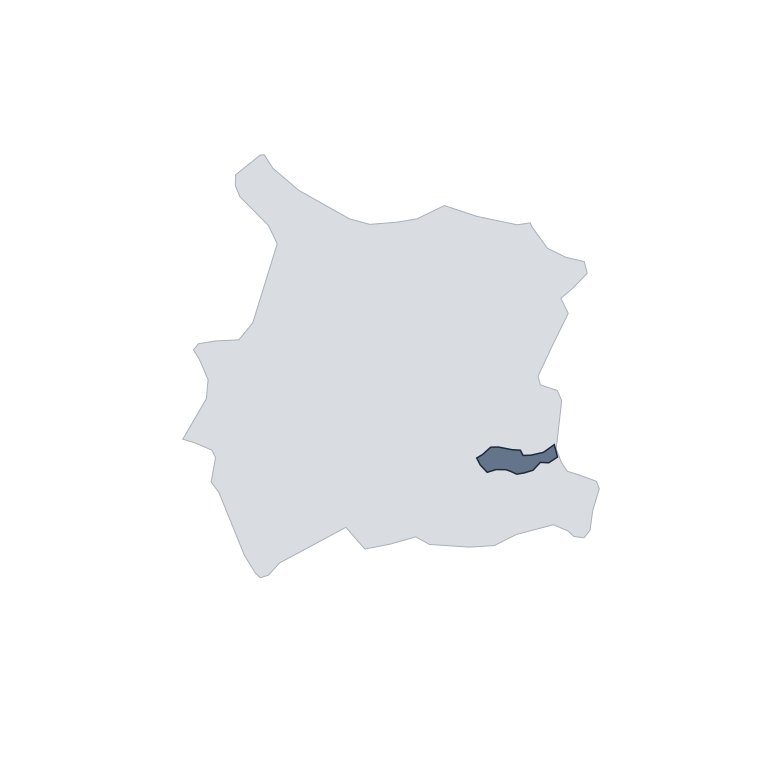 where Zvečan sits in Kosovo, rotated 133°
{"feature_id": "KOS-5892", "entity_name": "Zvečan", "entity_type": "District", "adm_level": 1, "iso_a3": "XKX", "parent_name": "Kosovo", "parent_adm1": "", "projection": "albers", "projection_center": [20.754, 42.971], "detail": "fine", "context": "in_parent", "style": "filled", "palette": "slate", "viewbox_px": 768, "rotation_deg": 133, "n_neighbors": 0, "source": "natural_earth", "source_scale": "10m", "svg_char_len": 1361}
<svg xmlns="http://www.w3.org/2000/svg" viewBox="0 0 768 768"><g transform="rotate(133 384 384)"><path d="M240.6,287.2L273.3,276.6L278.0,269.1L270.6,252.8L275.0,242.7L314.0,213.8L320.4,200.7L322.8,190.4L317.6,179.5L310.3,162.3L313.8,155.1L334.0,145.2L350.3,133.7L360.0,132.8L366.0,141.1L366.1,149.6L371.4,164.1L383.5,171.8L403.6,184.5L426.9,193.1L445.2,210.4L470.3,241.3L474.2,256.6L496.8,270.2L517.8,285.5L514.8,314.1L586.3,338.4L602.4,338.1L610.1,342.3L610.0,348.9L604.6,369.0L575.9,430.8L573.6,443.6L552.6,457.1L549.8,464.9L555.9,481.8L561.6,493.6L561.1,493.6L515.9,503.9L500.7,515.7L491.8,536.1L489.0,546.7L481.0,547.1L467.6,536.7L450.7,520.3L428.8,521.7L354.3,557.7L346.9,576.5L345.3,617.2L340.2,628.2L332.2,635.2L301.2,630.7L298.0,628.1L302.0,612.4L300.5,578.3L286.7,521.7L276.9,503.2L256.6,484.7L240.7,472.5L212.4,461.6L198.1,430.5L176.7,395.1L166.4,386.9L168.1,383.4L173.3,356.9L167.3,337.4L157.9,320.9L164.5,310.9L184.3,311.2L200.7,313.1L206.7,297.4L240.6,287.2Z" fill="#d9dde1" stroke="#a8b0b8" stroke-width="1"/><path d="M312.2,218.1L319.1,207.3L329.3,209.8L334.7,216.2L345.4,216.2L353.4,220.8L359.4,225.4L361.5,231.8L363.5,236.4L370.2,243.7L378.2,248.3L377.6,258.3L374.9,265.7L368.2,263.8L357.5,262.9L352.1,257.4L344.7,245.5L339.4,239.1L341.4,233.6L336.0,228.1L325.3,220.8L312.2,218.1Z" fill="#64748b" stroke="#1e293b" stroke-width="1.5"/></g></svg>